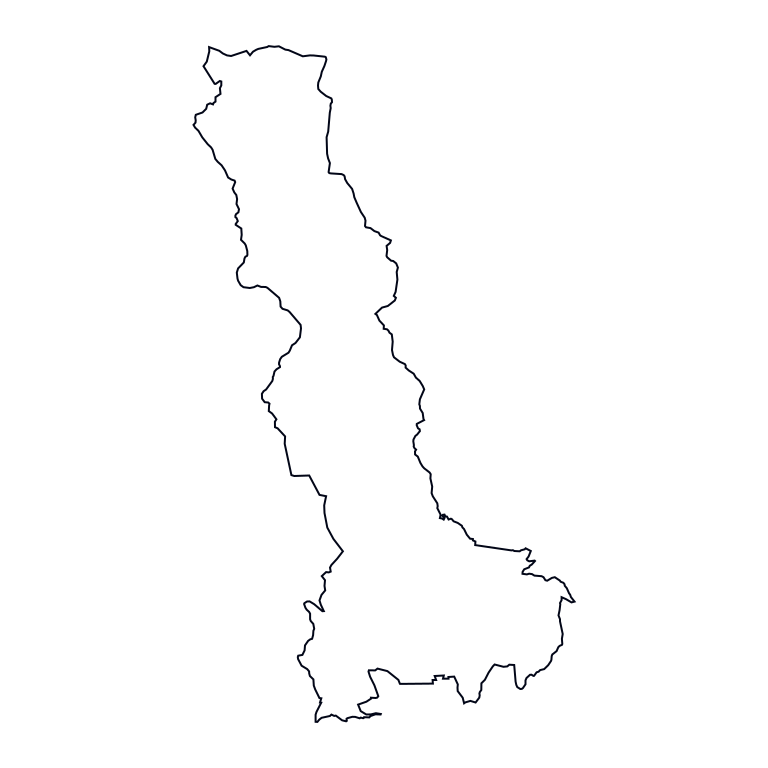 Aninoasa, Arges, Romania
{"feature_id": "2599482B31273481879350", "entity_name": "Aninoasa", "entity_type": "district", "adm_level": 2, "iso_a3": "ROU", "parent_name": "Romania", "parent_adm1": "Arges", "projection": "mercator", "projection_center": [24.903, 45.245], "detail": "fine", "context": "isolated", "style": "outline", "palette": "ink", "viewbox_px": 768, "rotation_deg": 0, "n_neighbors": 0, "source": "geoboundaries", "source_scale": "gbopen_adm2", "svg_char_len": 6083}
<svg xmlns="http://www.w3.org/2000/svg" viewBox="0 0 768 768"><path d="M556.6,651.1L558.3,647.2L559.6,645.9L562.0,644.8L562.3,643.9L561.9,638.8L562.7,634.0L560.0,621.3L560.0,619.2L558.5,615.4L559.6,610.1L560.3,604.1L560.0,603.1L561.6,600.1L561.6,597.2L566.1,599.2L571.5,602.4L574.5,601.6L570.9,597.0L570.1,594.6L569.1,593.4L566.8,588.2L564.8,585.8L564.5,584.2L563.4,582.8L560.6,581.7L559.9,580.6L554.8,577.2L551.9,577.9L547.2,580.7L545.4,580.2L543.5,577.2L541.6,576.2L534.4,575.6L532.0,574.1L529.1,573.7L526.9,574.4L522.5,573.8L522.6,571.9L524.2,569.3L529.0,567.4L529.8,565.7L531.7,564.6L535.0,561.0L534.6,560.6L529.2,561.3L527.3,560.3L526.6,559.1L528.6,556.5L530.8,551.0L525.6,548.3L524.7,549.3L521.0,550.3L519.7,551.3L514.3,551.0L512.9,550.2L511.4,550.4L475.2,545.1L475.4,541.5L472.9,540.4L472.9,539.0L470.1,538.7L466.8,534.7L464.0,529.0L462.4,527.4L461.9,525.8L457.7,522.9L453.6,521.3L451.9,519.2L450.9,518.7L448.6,519.5L447.0,516.6L445.3,516.3L444.5,514.6L442.9,514.8L442.3,515.7L444.5,518.0L443.7,519.6L442.0,518.5L439.9,518.1L440.6,514.7L437.3,508.1L437.7,506.1L437.3,503.3L432.8,496.3L431.6,493.1L432.2,486.6L430.4,478.4L430.7,474.2L429.6,472.5L424.2,468.3L422.5,466.4L420.4,462.9L417.8,456.6L415.1,454.5L415.0,451.4L416.1,449.6L414.6,448.3L413.7,446.6L413.9,445.1L413.3,441.3L413.5,439.5L415.4,435.9L417.1,434.6L419.9,431.1L419.6,429.3L418.0,428.3L416.7,425.2L416.8,423.9L424.1,420.1L423.5,419.1L422.7,413.0L420.0,408.6L419.9,405.9L419.3,404.3L419.9,399.3L424.2,389.4L422.8,386.1L419.7,381.0L415.9,377.6L413.7,373.7L408.8,370.5L405.6,367.6L405.7,365.5L404.9,364.1L399.7,361.7L394.0,357.3L393.0,355.0L392.0,350.0L392.7,341.6L391.8,334.4L389.5,332.7L388.4,330.6L387.0,329.3L383.7,328.8L383.9,325.4L379.4,320.6L376.9,315.0L375.4,313.9L382.0,307.6L387.8,306.0L394.8,300.5L395.9,297.8L393.8,295.9L395.6,291.9L397.4,279.6L396.7,272.0L397.9,267.6L396.2,263.4L393.2,261.0L391.1,260.7L387.2,257.3L386.5,255.9L387.2,250.1L386.6,245.9L390.1,242.9L390.9,240.4L381.3,236.1L380.1,235.3L378.6,232.6L374.4,231.1L370.5,228.1L366.0,227.3L365.0,226.0L365.5,220.7L364.7,217.7L360.9,212.0L356.6,202.6L354.3,197.2L353.6,193.5L352.1,188.9L347.3,183.1L345.1,179.2L344.6,176.3L343.7,175.1L341.6,174.1L330.8,173.4L329.3,173.1L328.6,172.1L329.9,163.1L328.1,158.4L327.1,153.8L326.6,137.2L328.2,131.6L329.8,112.7L330.7,108.1L330.4,105.7L330.8,103.6L332.0,102.2L331.8,99.5L331.3,98.4L326.2,96.0L320.7,91.7L318.3,89.0L318.0,85.5L318.3,82.5L320.8,76.4L321.8,71.8L324.4,66.0L326.0,61.2L326.4,59.5L325.8,57.2L324.9,56.7L313.7,55.5L309.9,55.4L302.8,56.3L288.5,50.1L285.3,49.6L278.9,46.3L274.4,46.8L268.7,46.1L267.2,47.0L258.3,48.9L256.2,49.8L253.0,51.7L250.0,55.3L246.5,50.9L231.1,56.0L227.0,55.4L222.9,53.5L219.3,50.8L209.1,47.1L209.3,51.3L206.8,61.6L203.5,66.2L214.6,83.8L215.7,83.9L219.8,81.0L221.3,81.5L221.3,85.4L219.9,88.2L220.5,93.9L215.5,97.2L215.5,101.6L213.5,103.0L213.0,104.4L210.1,103.3L207.2,104.7L206.2,108.8L202.5,112.5L195.8,114.8L195.2,117.3L195.7,120.3L195.5,122.6L193.5,124.9L195.1,127.6L198.5,130.9L202.3,137.4L207.8,144.3L211.1,147.4L212.6,149.8L215.3,158.9L217.7,161.8L221.6,165.3L225.0,170.4L228.1,177.5L231.3,179.5L234.6,180.6L235.2,182.1L232.6,188.6L234.3,192.4L236.3,195.0L237.1,199.1L236.5,204.0L239.0,209.2L238.4,212.3L236.0,214.2L235.4,215.6L235.4,217.1L236.6,218.1L237.8,221.1L235.7,224.0L235.7,224.8L241.3,228.5L241.7,234.9L241.0,239.8L244.7,243.5L245.8,245.4L247.3,251.1L247.4,254.9L247.0,255.9L245.4,256.7L244.5,258.4L243.8,262.5L238.1,268.4L236.8,272.6L237.5,278.6L238.1,280.7L240.7,285.2L243.5,287.2L249.8,288.0L253.9,287.2L257.4,285.5L261.0,286.9L265.7,287.0L267.4,287.8L279.1,297.8L280.3,301.3L280.6,306.6L282.5,308.8L287.7,310.4L289.6,312.0L300.6,324.9L301.0,328.4L299.9,337.3L295.5,343.0L292.0,345.3L289.8,350.6L288.5,352.7L281.8,356.8L280.2,359.1L279.1,362.5L279.0,364.2L280.0,366.2L280.0,367.1L276.5,369.3L274.5,371.5L273.5,375.9L272.8,377.0L272.9,378.9L272.3,381.0L266.1,389.5L263.6,391.2L261.9,393.8L262.1,398.7L264.7,402.2L268.2,402.5L269.5,403.7L269.1,405.5L268.8,411.1L272.1,413.5L276.4,419.3L274.9,421.7L275.0,427.2L277.6,428.3L285.1,436.4L284.7,443.8L291.4,475.1L294.3,476.0L309.2,475.5L319.5,494.9L326.1,496.2L324.2,505.4L324.5,513.0L327.3,527.6L333.4,538.9L342.9,551.3L337.1,558.8L331.4,565.0L330.0,567.6L330.7,571.6L328.8,572.4L326.1,572.1L321.8,576.1L325.0,580.2L324.5,585.9L325.2,590.4L321.5,594.9L319.5,600.4L320.8,604.7L323.8,611.1L322.4,611.2L314.2,604.2L309.6,601.4L307.0,601.5L304.4,603.2L304.1,604.0L305.4,607.7L306.7,609.7L309.1,611.9L310.1,613.7L310.1,619.3L310.8,621.1L313.3,623.9L314.2,628.8L313.4,630.8L313.1,635.2L312.1,638.8L310.3,639.3L308.1,640.9L305.0,645.4L304.6,650.4L302.4,654.9L298.2,655.7L297.8,657.1L298.1,659.1L301.6,665.7L307.2,669.1L309.1,671.4L309.2,673.4L309.9,676.0L313.4,679.4L313.8,685.6L315.2,689.4L319.4,698.0L321.3,698.3L320.0,702.5L321.2,702.7L316.5,711.9L315.6,714.7L315.6,721.8L317.4,721.9L319.3,719.6L321.6,717.8L329.9,716.0L331.4,714.6L334.2,715.9L335.8,715.6L342.1,720.3L346.1,721.3L346.8,720.8L346.5,718.9L347.3,718.2L352.4,716.8L355.2,716.9L359.7,718.3L360.7,717.6L363.1,718.2L363.6,718.1L364.0,717.2L369.3,717.4L370.4,716.1L375.4,714.3L380.6,714.5L380.8,714.0L375.9,713.2L370.9,714.4L366.3,714.5L360.7,711.1L358.1,704.6L366.4,701.7L371.1,698.6L371.0,697.7L375.7,698.0L377.2,697.6L378.3,696.2L374.4,685.3L370.1,676.7L368.5,671.6L368.9,670.3L375.2,670.4L377.5,668.6L387.4,671.1L398.4,679.9L399.9,683.8L400.5,683.9L432.9,683.6L432.6,680.0L436.1,680.0L434.7,676.0L443.8,675.5L443.0,678.7L448.5,678.7L448.4,677.0L454.2,676.6L457.8,684.4L457.5,687.6L457.7,691.1L462.7,697.7L464.1,703.3L465.3,702.4L470.4,700.9L475.6,702.5L479.3,697.6L479.7,695.2L479.4,693.6L479.8,692.1L481.3,690.0L481.4,683.3L484.9,679.8L488.6,672.6L492.8,666.4L494.6,664.5L503.5,666.8L507.3,666.4L509.3,664.7L514.2,665.0L515.6,681.7L516.3,684.9L517.3,687.1L520.3,689.0L521.8,688.9L522.9,688.1L525.5,684.3L525.5,680.4L526.5,678.0L530.0,674.8L531.5,674.7L533.4,675.9L534.1,675.8L536.6,672.3L538.6,671.7L540.1,670.1L544.2,669.1L548.2,665.2L551.0,661.0L551.4,659.8L551.7,656.1L552.3,654.5L556.6,651.1Z" fill="none" stroke="#020617" stroke-width="2"/></svg>